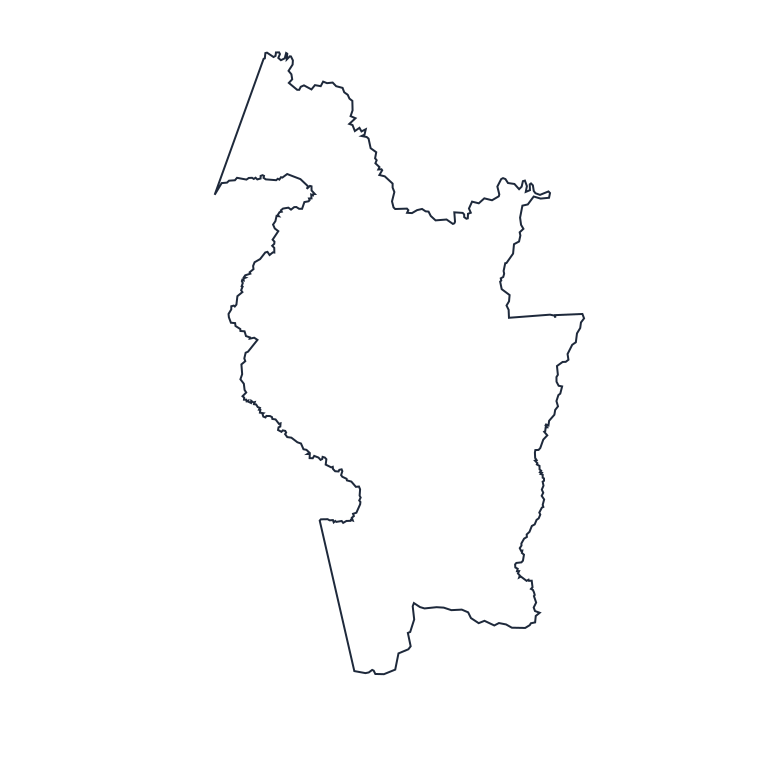 San Martín, Cesar, Colombia, rotated 109°
{"feature_id": "7082276B46554882467898", "entity_name": "San Martín", "entity_type": "district", "adm_level": 2, "iso_a3": "COL", "parent_name": "Colombia", "parent_adm1": "Cesar", "projection": "orthographic", "projection_center": [-73.563, 7.931], "detail": "fine", "context": "isolated", "style": "outline", "palette": "slate", "viewbox_px": 768, "rotation_deg": 109, "n_neighbors": 0, "source": "geoboundaries", "source_scale": "gbopen_adm2", "svg_char_len": 6166}
<svg xmlns="http://www.w3.org/2000/svg" viewBox="0 0 768 768"><g transform="rotate(109 384 384)"><path d="M154.2,288.6L149.4,289.2L148.4,291.2L154.4,298.1L154.3,302.9L152.8,305.2L147.7,307.9L146.5,310.3L147.8,311.2L153.2,309.1L156.2,312.5L150.4,313.3L145.8,317.0L147.0,318.7L152.6,318.1L155.8,319.7L152.4,325.8L153.6,332.2L150.7,335.9L150.6,338.5L152.1,339.9L160.4,341.1L167.2,336.7L169.2,336.6L175.1,341.7L175.8,349.6L182.3,353.2L182.9,360.1L190.4,360.8L193.8,357.7L195.7,360.0L200.1,358.7L200.9,359.9L200.1,362.5L197.6,363.4L196.6,365.3L198.8,373.4L207.4,369.7L208.6,369.7L209.5,370.1L210.2,371.0L208.1,378.4L212.5,388.5L209.9,394.5L206.5,398.0L207.2,400.9L206.1,405.0L208.8,409.3L213.3,413.2L214.6,417.9L211.7,417.6L210.7,419.4L214.9,430.4L213.9,432.5L208.7,435.9L199.1,436.7L195.5,439.8L191.7,441.1L187.4,450.9L187.9,456.4L182.5,455.3L181.8,456.3L183.0,459.2L180.4,458.9L178.1,464.0L174.8,463.8L173.5,465.9L167.4,466.8L165.4,473.4L157.0,478.5L156.1,480.8L156.8,485.9L154.6,483.6L149.1,484.2L152.5,487.5L149.8,490.6L154.3,493.9L149.4,498.1L149.4,501.5L142.0,497.5L141.6,502.8L135.5,502.8L126.6,506.1L125.4,509.6L122.4,512.4L121.1,516.6L117.5,519.6L118.0,526.2L115.7,530.7L118.1,535.8L117.9,540.0L123.0,540.8L123.9,546.6L129.1,548.5L127.7,556.9L130.1,559.5L133.4,559.9L134.1,561.9L130.3,572.0L125.8,570.0L121.3,572.4L119.0,576.2L111.7,574.4L107.7,575.5L104.6,578.6L104.8,579.7L108.8,581.6L103.2,583.0L102.9,584.3L108.4,583.9L111.4,586.9L110.1,590.1L105.9,589.8L104.6,591.2L105.7,594.1L109.1,593.4L110.8,594.9L108.8,602.5L109.7,603.9L114.9,602.7L115.7,603.7L260.2,605.7L246.9,602.9L244.7,598.0L242.2,596.7L239.9,591.3L236.9,590.1L235.5,580.6L233.2,578.9L232.0,575.9L232.5,573.9L230.8,572.6L231.8,570.4L229.9,567.6L227.4,568.4L226.1,566.8L226.3,565.2L228.3,565.0L229.0,562.4L226.4,552.3L224.5,551.2L224.8,549.5L222.0,548.7L221.9,547.3L217.0,543.9L217.5,529.7L221.8,520.2L224.6,520.5L220.8,518.5L220.7,516.9L224.6,515.5L226.9,511.2L227.5,512.7L228.8,512.6L228.6,514.5L232.1,513.0L233.0,515.3L234.3,514.2L235.8,514.8L237.9,518.5L245.0,518.5L246.0,521.3L245.2,524.5L246.0,526.5L249.4,528.7L248.4,531.8L251.0,536.6L253.3,538.0L254.4,536.8L255.5,538.7L258.8,539.5L259.6,538.1L260.0,540.3L265.4,539.7L269.4,540.8L272.5,537.9L273.9,533.7L283.8,536.3L285.1,533.9L287.2,533.4L289.7,534.7L291.0,532.1L295.4,530.5L295.7,531.9L299.3,534.2L297.0,537.2L298.3,539.1L306.2,541.8L311.0,546.0L315.0,546.2L317.9,544.8L322.1,547.4L323.2,546.3L326.4,550.6L328.5,551.2L328.5,549.5L329.9,551.2L331.7,550.4L331.6,551.9L333.0,551.9L334.5,550.4L338.0,550.4L338.0,549.4L341.9,549.6L343.2,547.8L348.7,551.2L357.0,549.4L359.3,550.3L358.8,551.6L360.2,553.7L363.2,552.7L368.4,553.8L371.4,552.4L375.9,548.7L374.9,544.6L377.5,543.3L378.8,537.8L380.6,537.0L379.6,533.0L383.6,530.1L383.6,525.9L384.9,525.8L382.5,521.8L383.5,518.0L397.7,523.1L399.5,525.0L405.3,524.4L407.6,522.6L411.9,525.2L420.9,521.3L426.3,521.3L429.4,516.6L435.0,513.9L436.9,511.5L441.6,513.8L442.4,511.8L444.4,511.3L443.7,509.2L445.1,508.3L443.8,506.9L444.9,506.7L445.2,503.6L443.1,504.1L444.0,501.5L443.2,500.3L445.4,500.3L445.0,498.2L446.9,495.9L447.0,493.5L449.0,493.8L448.7,492.5L451.5,492.0L450.9,488.5L451.9,489.1L454.1,487.5L454.2,485.2L452.5,484.8L451.4,481.3L451.8,479.1L453.4,478.2L452.8,475.0L455.9,470.3L454.9,469.0L458.0,468.2L459.3,469.6L462.0,469.2L462.6,465.4L460.8,464.6L460.5,462.1L461.8,460.7L463.6,461.2L465.7,458.2L464.9,454.1L467.3,446.9L467.3,443.1L471.9,438.9L471.5,435.9L473.2,432.2L475.1,433.6L474.3,431.4L478.3,430.2L477.4,427.2L474.7,426.6L474.9,422.0L476.4,419.3L475.1,418.0L472.9,418.3L472.8,416.0L473.9,414.0L479.2,412.9L480.0,406.7L479.0,405.5L481.0,404.5L482.4,401.8L481.5,398.5L479.7,398.3L478.5,396.3L480.0,395.0L484.1,394.9L485.3,393.2L485.8,388.5L487.2,387.7L486.9,383.1L490.4,377.1L489.1,374.3L491.4,372.3L497.5,370.7L499.0,369.1L502.2,369.5L503.2,367.9L505.5,367.4L514.7,368.2L516.8,371.0L518.7,369.5L520.9,370.9L523.2,369.1L523.1,371.1L524.3,371.1L525.7,374.9L528.6,377.4L527.3,379.4L529.9,384.2L529.4,385.5L531.2,386.5L529.3,388.0L530.6,391.0L530.2,393.3L532.5,399.6L534.1,400.3L665.1,318.6L663.4,307.4L661.7,304.5L658.2,302.1L658.4,300.4L661.0,297.8L658.4,289.6L650.4,280.4L634.0,282.6L626.9,274.6L623.3,273.4L611.6,280.4L609.9,278.5L596.8,278.8L584.8,284.5L581.4,284.4L583.2,277.4L583.0,272.6L577.9,261.6L576.0,254.7L575.9,246.7L572.0,237.0L572.5,230.1L577.0,225.6L579.3,216.6L575.2,211.9L576.4,201.1L572.6,197.5L571.6,190.3L572.8,183.8L568.7,171.1L564.6,167.7L562.4,167.2L560.2,163.5L553.9,165.0L549.6,162.3L549.5,167.3L546.6,169.7L541.1,169.0L535.7,173.2L534.4,172.8L532.1,174.4L530.2,176.2L529.9,178.3L527.8,177.4L521.9,180.3L522.9,182.9L522.0,183.6L523.7,185.1L521.5,191.9L522.9,193.2L520.9,193.2L519.5,195.7L517.0,195.4L517.7,197.3L515.2,197.4L514.7,200.1L511.9,201.3L510.1,200.6L507.9,196.0L505.8,195.1L499.8,196.1L498.8,198.7L496.5,199.0L497.1,200.1L495.0,202.2L492.0,201.4L490.1,202.2L484.6,201.2L482.1,199.1L479.8,200.1L476.4,198.3L470.1,198.0L467.7,195.8L462.8,195.5L460.7,194.0L456.6,193.7L455.0,195.3L449.5,194.5L448.4,193.3L446.6,194.6L441.0,195.0L438.4,198.5L435.0,198.0L432.5,200.4L428.2,200.1L424.7,202.2L423.4,201.2L421.2,202.0L420.9,203.5L418.1,204.4L418.1,206.6L416.5,205.9L416.6,207.8L414.8,207.2L414.1,209.1L410.8,210.3L410.3,213.3L408.9,213.2L407.3,216.3L406.3,214.9L404.7,217.0L399.7,219.0L397.2,219.4L396.0,216.4L393.7,215.4L384.7,215.3L379.4,212.9L377.0,217.0L376.1,216.2L372.5,217.0L371.9,215.7L370.6,217.8L369.5,217.6L369.7,215.0L365.0,215.9L357.6,212.9L352.8,213.7L348.5,212.2L344.0,215.4L337.7,215.5L335.7,214.2L328.3,214.8L328.8,218.3L325.7,221.6L321.3,223.2L318.7,222.6L310.7,226.3L305.0,222.3L303.9,219.4L301.0,217.5L295.9,220.2L285.6,218.8L282.1,216.2L273.3,218.0L267.2,216.7L261.7,217.8L256.8,216.2L253.2,219.2L263.6,245.7L263.5,244.3L265.5,243.7L263.8,244.9L264.4,249.6L280.7,287.4L273.3,290.3L269.9,293.7L265.1,292.7L259.0,294.2L256.0,303.6L249.4,307.5L248.0,306.8L246.1,308.0L244.0,306.1L240.6,306.3L238.2,307.7L230.3,308.7L229.8,307.6L218.7,304.4L209.5,306.6L205.3,302.7L199.2,303.4L196.4,305.1L191.9,302.7L188.9,306.2L182.4,309.5L170.3,311.2L167.4,306.5L158.0,303.5L157.7,296.3L154.2,288.6Z" fill="none" stroke="#1e293b" stroke-width="2"/></g></svg>